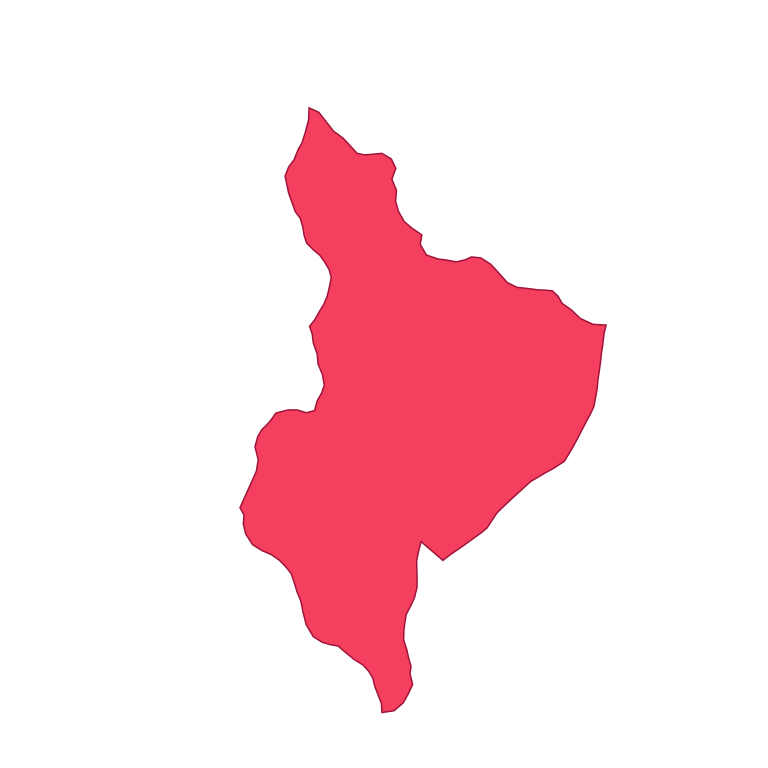 the district of Oliveira de Fátima, Tocantins, Brazil, rotated 322°
{"feature_id": "56859067B48116477141254", "entity_name": "Oliveira de Fátima", "entity_type": "district", "adm_level": 2, "iso_a3": "BRA", "parent_name": "Brazil", "parent_adm1": "Tocantins", "projection": "natural_earth1", "projection_center": [-48.878, -10.662], "detail": "fine", "context": "isolated", "style": "filled", "palette": "rose", "viewbox_px": 768, "rotation_deg": 322, "n_neighbors": 0, "source": "geoboundaries", "source_scale": "gbopen_adm2", "svg_char_len": 2151}
<svg xmlns="http://www.w3.org/2000/svg" viewBox="0 0 768 768"><g transform="rotate(322 384 384)"><path d="M180.1,641.6L190.8,647.7L202.8,647.1L212.2,643.2L221.6,638.4L225.9,628.7L231.6,622.9L234.7,615.0L238.3,607.6L241.9,597.8L248.0,590.4L253.5,584.9L259.6,579.3L268.2,575.4L276.4,571.2L284.8,564.6L290.9,556.9L296.1,549.8L300.8,543.5L307.9,537.4L316.2,531.1L321.8,559.3L331.3,559.3L343.1,560.1L356.6,560.6L370.0,561.1L376.5,560.9L383.5,558.5L393.9,555.1L401.2,554.3L412.3,553.2L429.6,551.9L439.2,551.1L449.2,552.4L457.6,553.5L465.5,554.8L478.6,555.9L493.4,550.3L504.1,545.6L516.2,540.0L528.6,534.5L535.3,531.1L543.6,523.9L549.3,518.7L555.0,512.6L562.0,506.0L569.5,498.6L574.3,493.6L579.7,488.6L588.6,479.6L595.3,474.3L585.4,465.6L579.0,453.2L577.2,440.8L574.0,430.0L575.2,422.1L574.0,414.2L568.7,409.2L563.4,404.7L556.6,397.8L548.2,389.6L543.6,379.9L542.8,367.2L541.8,355.2L538.0,344.3L531.1,337.7L524.4,336.1L516.3,332.4L510.2,325.5L503.5,318.7L496.8,308.4L498.6,296.1L505.6,289.9L502.0,278.6L499.9,268.4L501.6,257.2L505.6,247.2L513.1,239.0L516.3,227.5L526.1,221.3L528.3,211.3L524.4,201.0L515.4,195.2L509.8,191.5L504.8,185.7L504.1,176.5L503.1,165.1L499.9,153.8L499.9,142.2L499.9,129.8L495.0,120.3L487.1,129.5L477.3,137.0L468.4,143.2L460.5,146.5L451.3,151.9L442.4,154.3L434.0,159.3L430.4,166.7L426.5,174.6L423.3,184.1L420.2,193.6L420.0,201.8L416.8,210.1L412.6,217.6L409.8,225.4L410.9,234.5L412.7,243.2L412.3,251.4L411.2,260.1L408.0,267.6L400.9,273.8L393.1,280.0L385.6,284.1L377.2,287.3L369.0,290.7L360.8,292.8L358.3,300.2L353.4,308.5L349.8,319.2L344.4,327.5L341.3,338.7L336.2,348.2L329.3,352.7L321.0,356.1L312.9,362.2L305.1,358.8L299.7,351.1L292.3,345.3L280.9,340.3L273.2,342.7L266.7,344.0L259.3,344.8L252.2,347.7L243.7,354.0L238.3,366.2L229.8,374.1L194.4,392.8L193.0,401.0L186.9,407.8L182.7,417.1L181.5,429.7L185.2,440.0L190.1,449.0L193.0,458.2L194.1,468.0L194.1,476.4L191.2,484.6L187.3,494.9L184.8,503.9L179.9,513.6L174.5,525.8L172.7,539.5L176.3,549.5L181.0,556.1L186.5,562.2L188.3,571.4L190.9,582.8L194.4,592.3L195.1,601.0L194.1,608.9L190.8,616.0L187.7,626.0L185.3,634.2L180.1,641.6Z" fill="#f43f5e" stroke="#9f1239" stroke-width="1.5"/></g></svg>